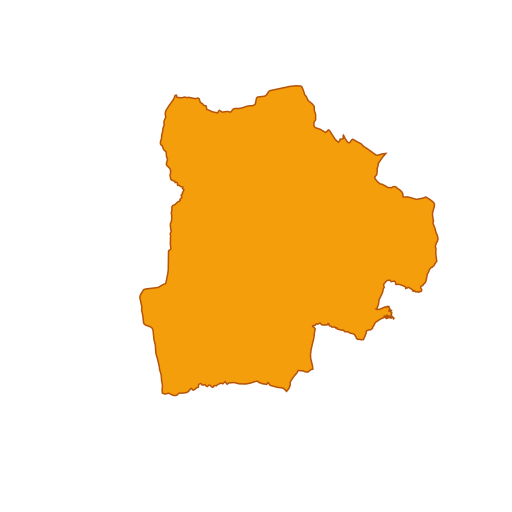 the district of Visinesti, Dâmbovita, Romania, rotated 214°
{"feature_id": "2599482B49145117460111", "entity_name": "Visinesti", "entity_type": "district", "adm_level": 2, "iso_a3": "ROU", "parent_name": "Romania", "parent_adm1": "Dâmbovita", "projection": "albers", "projection_center": [25.566, 45.128], "detail": "fine", "context": "isolated", "style": "filled", "palette": "amber", "viewbox_px": 512, "rotation_deg": 214, "n_neighbors": 0, "source": "geoboundaries", "source_scale": "gbopen_adm2", "svg_char_len": 6156}
<svg xmlns="http://www.w3.org/2000/svg" viewBox="0 0 512 512"><g transform="rotate(214 256 256)"><path d="M412.7,342.6L412.2,342.2L412.0,339.1L412.2,331.0L411.9,325.6L410.7,322.9L408.8,321.1L408.4,320.3L407.8,316.8L407.1,315.4L405.2,312.9L404.6,309.9L402.9,306.8L401.9,303.7L400.1,300.7L399.1,297.2L397.9,295.5L396.8,295.0L395.4,295.0L392.6,292.9L391.3,292.4L389.1,292.1L388.4,291.7L385.9,288.5L383.2,286.4L382.2,282.9L381.4,281.8L380.7,281.2L377.4,280.6L375.4,279.9L373.7,277.9L372.3,274.7L369.6,272.0L368.4,271.8L364.9,272.5L364.5,272.3L364.1,271.7L363.3,272.5L362.4,272.7L361.8,272.3L361.0,271.2L360.4,270.8L359.3,271.6L357.3,271.4L355.3,272.2L354.9,271.8L354.6,270.8L352.9,270.7L352.6,270.0L352.4,267.3L351.6,266.4L352.1,265.0L352.0,264.5L351.6,264.0L350.9,263.9L350.4,263.3L350.3,262.6L350.7,260.6L350.5,260.0L350.0,259.8L349.9,259.2L351.1,257.2L352.0,253.1L353.2,251.4L353.2,249.6L351.2,246.8L350.4,244.4L348.7,242.6L346.2,239.0L345.7,237.4L345.2,236.6L345.1,235.0L344.9,234.6L344.3,233.9L343.5,232.5L342.2,231.5L341.6,230.3L340.0,229.1L339.7,226.7L337.8,224.7L336.9,222.9L335.8,221.4L334.1,218.5L330.5,214.2L330.5,213.5L331.3,211.8L331.3,211.2L321.1,195.6L319.3,192.1L315.6,183.1L315.6,182.3L316.8,180.8L319.6,175.1L328.8,167.2L330.3,165.3L330.2,160.4L329.9,158.4L329.1,156.6L322.2,150.0L320.5,147.1L316.7,143.5L311.6,137.5L310.5,137.1L308.7,137.0L304.0,138.2L302.5,138.2L301.4,137.9L299.9,136.9L293.9,129.7L289.6,125.8L284.6,119.3L280.0,115.5L274.2,110.1L272.5,108.0L268.1,104.4L264.6,99.9L262.0,97.3L260.7,95.7L258.9,92.3L257.0,90.0L254.4,90.5L251.6,93.5L247.3,94.0L245.2,94.9L243.8,96.2L243.2,99.0L243.0,99.3L239.4,101.9L237.2,104.0L236.3,105.7L235.9,109.7L235.5,110.1L233.6,109.6L232.9,109.7L232.6,110.6L231.9,111.9L231.6,113.3L230.4,115.1L231.4,116.7L231.6,117.6L230.8,119.2L230.2,119.5L229.0,118.9L227.6,119.4L226.4,120.9L224.9,120.4L223.4,120.5L222.9,122.5L221.6,123.1L218.9,122.7L218.0,123.7L218.3,124.8L217.9,125.5L216.3,126.2L215.9,127.9L214.0,131.0L212.0,131.5L211.4,134.6L208.2,133.5L207.5,135.6L203.3,138.9L198.7,140.5L193.0,144.1L189.8,147.2L185.8,152.3L184.4,153.0L182.1,152.8L181.0,153.4L179.4,153.6L175.3,155.6L175.3,157.8L174.7,157.9L173.5,157.2L171.8,156.7L165.0,159.0L160.3,161.4L157.5,161.5L155.0,160.8L154.6,164.3L155.4,168.0L157.1,170.5L157.3,173.1L157.3,176.6L156.7,182.1L157.0,183.9L156.7,185.0L154.6,185.9L153.1,187.0L150.0,187.6L148.4,188.6L148.0,189.0L146.8,192.8L145.6,193.9L147.5,196.3L153.7,202.0L156.0,205.3L157.8,208.9L159.6,213.3L161.5,218.7L163.2,222.5L164.5,224.7L166.2,228.7L168.4,229.4L169.7,229.2L169.9,229.9L168.1,232.0L168.2,233.3L166.5,234.3L165.4,236.3L162.9,235.7L161.4,236.7L160.4,237.0L159.8,237.9L158.9,238.3L158.4,238.9L158.5,240.1L157.9,240.6L156.8,239.5L156.0,239.2L154.9,239.7L153.4,239.5L150.6,241.3L149.6,240.8L149.2,241.0L149.0,241.6L148.3,241.5L147.8,240.9L143.4,242.4L143.1,243.0L141.5,243.3L140.6,242.9L139.6,243.1L137.7,244.5L134.7,244.7L132.5,245.7L130.4,245.9L129.7,245.7L129.3,245.2L127.9,245.0L127.3,244.6L126.9,243.9L125.1,243.7L123.3,245.0L122.6,245.0L120.2,246.7L120.8,250.4L121.5,253.5L122.4,255.0L122.4,256.2L121.8,256.7L121.3,257.7L119.6,259.0L119.0,261.2L119.5,262.3L119.4,264.2L119.9,267.5L117.4,273.8L116.1,275.3L116.0,276.1L115.5,276.7L115.8,277.0L116.0,278.0L115.0,278.2L115.0,277.5L113.0,277.0L112.3,277.8L112.3,278.6L109.3,280.2L109.9,280.7L110.6,280.8L111.0,279.7L111.8,280.1L112.2,279.6L112.9,279.4L112.9,278.5L114.2,278.0L114.6,278.0L114.3,278.7L114.6,279.9L114.5,280.2L111.6,280.2L111.5,280.8L111.2,281.1L108.3,281.6L106.9,280.8L106.8,281.6L109.7,282.0L110.2,282.5L111.1,282.9L111.6,284.8L112.2,284.6L113.6,285.4L113.5,285.9L113.0,286.4L113.2,286.7L114.3,286.2L114.1,285.3L114.3,285.0L115.1,284.8L115.3,285.0L115.4,287.0L117.1,287.6L117.5,288.4L118.2,287.7L118.4,288.0L119.0,287.7L119.7,286.0L120.5,286.0L123.6,281.0L125.6,279.4L126.9,279.2L126.4,280.4L127.5,284.6L129.5,288.5L130.3,294.2L130.9,297.2L132.1,299.8L132.2,301.7L134.1,303.4L134.3,304.2L133.8,308.7L133.4,309.3L131.2,310.9L129.6,310.3L127.3,312.5L126.0,312.5L124.4,310.8L123.6,310.9L122.5,312.0L120.2,312.9L115.9,313.9L114.5,313.8L113.9,313.0L113.7,313.7L112.9,313.6L112.9,314.2L112.3,315.2L109.4,315.5L106.8,315.3L106.2,314.6L105.9,314.6L105.3,315.8L103.5,315.5L101.9,316.7L100.9,316.9L100.6,318.0L99.4,318.7L99.2,319.1L99.3,319.8L100.0,320.9L101.6,321.7L102.2,322.4L102.2,323.4L101.6,324.1L101.1,325.7L101.3,326.6L100.9,328.0L100.9,329.6L101.7,331.9L103.8,336.6L104.1,339.8L104.7,342.0L104.4,344.0L103.6,345.5L103.1,347.5L103.4,351.1L103.1,352.6L108.4,358.6L111.0,362.9L112.7,364.2L113.8,367.8L113.8,369.3L114.5,371.8L117.2,374.5L119.7,376.0L123.4,379.2L127.3,381.9L128.3,383.3L128.2,384.1L129.9,385.7L133.0,389.2L134.0,391.2L135.8,396.6L136.7,398.4L138.8,399.8L143.1,400.1L148.2,399.9L149.9,397.4L154.6,392.7L163.4,389.8L166.3,387.5L167.3,387.4L169.1,389.7L170.7,390.6L173.6,391.2L176.9,391.1L177.9,391.6L180.1,391.0L181.2,389.9L182.2,388.1L185.3,386.4L187.4,386.5L191.6,386.0L193.3,385.2L197.1,385.6L200.5,386.7L201.7,387.8L201.4,391.1L203.7,395.3L204.4,396.1L205.6,399.9L206.4,400.9L206.3,408.6L205.7,413.6L208.4,411.3L211.3,407.8L212.7,406.8L223.9,407.2L228.0,407.0L231.6,407.8L236.7,407.2L240.9,407.0L241.3,406.6L241.6,405.4L241.7,402.4L242.9,401.5L244.1,401.7L248.0,403.3L251.0,405.1L251.0,404.3L249.4,402.3L249.7,401.4L251.6,399.9L251.1,397.9L251.4,396.3L255.6,397.0L265.2,401.1L266.0,401.1L266.6,401.0L267.0,398.5L267.4,397.3L273.3,397.0L278.7,395.6L280.5,396.0L282.6,399.0L282.8,402.4L285.9,406.9L289.0,409.2L291.4,412.6L294.1,413.5L299.8,414.1L303.7,416.4L305.6,416.8L309.6,420.0L312.4,421.8L313.9,422.0L318.3,419.3L322.9,415.4L336.9,400.9L337.5,399.1L337.3,395.3L338.2,393.3L343.5,388.8L343.9,387.3L341.6,381.7L342.0,380.0L342.9,378.7L345.5,376.8L347.3,375.0L350.6,370.7L352.7,368.7L356.1,366.4L357.0,365.2L357.5,361.0L360.7,359.8L364.4,356.4L367.7,356.3L368.1,355.3L367.8,353.2L372.7,351.2L378.9,350.1L381.0,352.4L382.2,352.3L383.6,351.6L385.6,352.3L388.0,352.2L391.1,354.6L392.5,354.5L394.3,352.5L400.8,349.8L401.6,348.7L403.6,348.1L404.5,347.5L405.6,346.0L409.0,343.9L410.5,343.5L411.7,344.8L412.1,344.8L412.8,343.9L412.7,342.6Z" fill="#f59e0b" stroke="#b45309" stroke-width="1.5"/></g></svg>